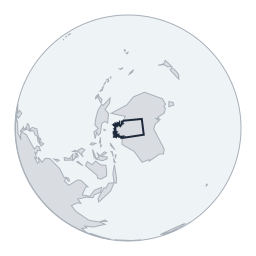 the Earth from above Northern Territory, rotated 263°
{"feature_id": "AUS-2650", "entity_name": "Northern Territory", "entity_type": "Territory", "adm_level": 1, "iso_a3": "AUS", "parent_name": "Australia", "parent_adm1": "", "projection": "orthographic", "projection_center": [133.869, -18.484], "detail": "medium", "context": "on_globe", "style": "outline", "palette": "slate", "viewbox_px": 256, "rotation_deg": 263, "n_neighbors": 0, "source": "natural_earth", "source_scale": "10m", "svg_char_len": 6831}
<svg xmlns="http://www.w3.org/2000/svg" viewBox="0 0 256 256"><g transform="rotate(263 128 128)"><circle cx="128" cy="128" r="113" fill="#eef3f6" stroke="#a8b0b8"/><path d="M206.0,133.8L206.0,134.7L205.8,134.7L206.0,133.8ZM185.6,31.2L185.4,31.1L185.6,31.2ZM228.4,82.1L227.5,79.7L228.6,81.5L228.4,82.1ZM226.5,78.0L226.9,78.9L226.5,78.1L226.5,78.0ZM225.9,77.3L226.4,77.8L226.0,77.5L225.9,77.3ZM225.3,76.7L225.6,77.0L225.3,76.7ZM224.0,75.1L223.6,74.6L223.8,74.6L224.0,75.1ZM125.8,15.4L126.3,15.4L126.8,15.4L135.7,15.6L144.5,16.6L153.2,18.2L161.8,20.5L161.3,20.4L165.3,21.7L162.2,21.0L161.6,21.2L156.0,20.0L156.0,20.6L157.5,21.1L158.7,22.5L155.6,24.3L151.2,20.5L154.4,19.0L152.5,19.2L150.9,18.6L148.9,18.4L147.7,18.8L148.9,19.2L136.4,18.2L129.4,20.2L134.9,20.6L137.0,21.9L133.9,26.2L118.4,32.4L121.1,35.5L120.3,37.5L116.1,38.4L117.0,35.5L113.9,34.3L115.1,32.7L108.6,33.8L110.0,31.6L104.2,33.9L104.9,35.7L110.2,35.3L104.5,38.5L108.1,42.2L107.1,46.7L95.9,55.3L86.9,58.4L86.0,60.1L83.2,58.5L78.3,62.2L82.5,71.6L82.0,74.6L74.5,81.1L74.6,78.8L67.1,74.4L64.8,81.9L70.4,87.2L72.3,94.6L67.6,92.8L65.8,86.5L63.1,84.7L64.5,78.2L63.6,69.5L58.9,72.1L59.9,68.5L57.9,62.4L51.5,66.1L40.9,78.3L38.3,88.2L35.2,93.6L33.9,81.6L36.0,73.1L33.9,75.0L34.0,69.8L29.4,74.1L30.2,72.3L29.0,74.4L29.1,74.2L33.1,67.4L37.6,60.9L42.5,54.7L47.8,48.9L53.6,43.4L59.7,38.4L66.2,33.9L72.9,29.7L79.9,26.1L87.2,23.0L94.7,20.4L102.3,18.3L110.1,16.8L117.9,15.8L125.8,15.4ZM26.3,79.6L26.8,78.6L29.5,73.6L27.9,76.8L27.8,78.4L22.5,89.6L19.6,97.5L22.5,88.4L26.3,79.6ZM17.7,104.9L18.7,101.3L18.2,103.9L15.9,117.7L15.4,127.4L16.0,116.1L17.7,104.9ZM17.4,149.3L17.5,150.0L20.0,159.9L21.4,164.3L17.4,149.3ZM26.0,175.9L26.3,176.4L26.5,176.8L26.0,175.9ZM60.6,198.2L62.8,199.2L62.0,199.9L60.6,198.2ZM20.0,152.1L26.0,171.2L25.9,173.0L23.6,168.5L19.8,157.5L19.2,152.6L18.3,147.0L20.0,152.1ZM99.4,111.7L102.9,112.2L102.8,112.8L99.4,111.7ZM95.8,109.9L99.7,110.0L95.2,111.1L95.8,109.9ZM101.2,110.1L105.1,109.1L106.8,108.3L106.5,109.4L101.2,110.1ZM93.3,110.0L79.8,110.5L74.6,109.6L75.7,107.6L84.1,107.4L93.3,110.0ZM75.3,107.5L67.6,103.1L58.1,90.0L61.5,89.6L71.6,96.9L71.0,98.5L75.6,102.1L75.3,107.5ZM94.5,96.7L93.8,101.5L86.2,101.4L82.9,100.8L80.5,94.8L81.8,91.7L84.6,91.6L95.8,81.2L99.6,83.5L96.0,87.8L99.1,91.8L94.5,96.7ZM38.5,89.0L39.5,94.2L37.9,95.8L38.5,89.0ZM100.9,74.4L96.0,78.6L100.6,73.0L100.9,74.4ZM103.9,69.3L104.0,71.4L102.3,69.4L103.9,69.3ZM85.4,62.8L82.5,63.5L82.7,62.1L86.5,60.5L85.4,62.8ZM106.2,50.8L105.2,54.5L104.3,55.8L103.4,53.5L106.2,50.8ZM180.6,176.8L182.4,178.9L179.3,182.1L174.9,184.8L170.2,184.4L180.6,176.8ZM145.2,176.3L144.1,171.1L149.2,171.8L147.9,175.9L145.2,176.3ZM183.8,174.8L186.5,171.4L186.6,165.6L187.4,171.3L190.6,173.2L183.6,179.0L183.8,174.8ZM123.7,153.4L102.8,161.3L97.9,160.1L98.4,156.2L92.5,145.0L94.1,145.2L92.2,137.9L104.1,131.2L112.5,120.0L119.9,121.2L125.1,113.6L133.0,115.0L131.1,121.2L139.9,126.7L144.6,113.1L151.1,129.7L158.2,137.1L161.5,148.7L152.8,165.7L146.9,168.2L145.2,166.0L142.9,167.5L138.5,165.9L135.0,158.9L132.7,160.6L134.5,156.1L131.4,159.8L128.7,155.5L123.7,153.4ZM181.1,135.7L182.6,136.7L185.2,140.6L182.9,139.2L181.1,135.7ZM202.4,135.3L203.3,137.2L201.7,136.7L202.4,135.3ZM205.8,134.7L203.9,134.3L206.0,133.8L205.8,134.7ZM187.6,128.6L188.4,129.9L187.8,130.0L187.6,128.6ZM186.9,128.0L187.7,126.7L187.7,128.3L186.9,128.0ZM179.7,117.0L180.4,116.5L180.8,117.2L179.7,117.0ZM108.0,112.4L112.6,108.7L115.3,108.5L108.0,112.4ZM178.4,115.0L176.3,114.2L176.4,113.4L178.4,115.0ZM178.4,113.1L178.1,111.9L179.5,115.0L178.4,113.1ZM174.3,109.4L176.9,112.1L174.0,109.5L174.3,109.4ZM172.8,109.2L171.0,107.9L171.1,107.5L172.8,109.2ZM153.4,106.0L160.0,114.0L154.9,112.7L149.1,107.4L144.9,110.5L135.3,108.4L137.3,106.3L135.9,102.6L126.3,100.0L124.3,97.6L127.7,96.4L121.4,94.1L128.2,93.7L131.1,98.6L135.0,95.5L142.0,97.4L148.9,100.2L154.7,104.8L153.4,106.0ZM128.5,103.9L129.7,104.1L128.7,105.4L128.5,103.9ZM167.6,104.3L170.2,107.3L169.9,107.8L168.6,107.1L167.6,104.3ZM156.0,104.3L162.1,101.8L163.6,102.3L159.6,105.7L156.0,104.3ZM160.5,99.0L163.4,100.2L165.1,102.8L164.5,103.2L160.5,99.0ZM114.5,98.4L114.3,99.7L112.6,98.6L114.5,98.4ZM116.8,97.8L122.1,99.6L116.3,98.9L116.8,97.8ZM101.3,92.9L102.8,95.8L107.4,94.0L103.9,96.7L107.2,101.7L106.1,103.6L102.9,98.1L101.9,103.7L99.9,103.6L98.7,98.8L100.7,93.1L102.7,90.8L111.1,90.1L101.3,92.9ZM116.7,94.2L115.3,90.6L116.4,88.5L117.8,90.3L116.7,94.2ZM111.5,82.5L108.1,78.6L104.9,80.0L111.7,75.1L113.7,79.5L111.5,82.5ZM109.0,74.3L105.9,75.5L109.2,72.7L109.0,74.3ZM105.2,74.3L105.1,71.8L107.4,72.2L105.2,74.3ZM110.5,74.5L111.5,70.3L112.4,72.8L110.5,74.5ZM104.7,66.5L109.3,70.5L103.0,68.7L103.7,61.1L106.5,61.0L104.7,66.5ZM126.6,40.2L126.5,38.6L129.3,38.5L128.5,39.6L126.6,40.2ZM138.2,37.5L130.0,38.0L123.3,38.8L124.9,39.7L122.6,42.4L120.7,39.6L126.0,37.0L130.9,36.9L132.5,34.9L136.6,34.0L137.0,31.5L139.0,30.8L140.2,33.1L138.2,37.5ZM136.9,30.5L139.1,27.0L144.0,28.3L144.6,29.3L141.5,30.3L139.2,29.6L136.9,30.5ZM141.1,26.6L138.8,25.9L137.2,21.2L138.0,20.6L141.8,24.4L139.9,24.0L139.4,25.1L141.1,26.6Z" fill="#d9dde1" stroke="#a8b0b8" stroke-width="1"/><path d="M118.8,121.0L119.2,121.7L119.2,120.9L120.1,121.6L120.0,120.9L120.6,120.9L120.0,120.8L119.9,120.5L120.1,120.5L120.2,120.3L119.4,119.9L120.1,119.3L120.4,118.2L121.2,118.0L120.8,117.2L121.6,116.5L121.9,116.7L121.7,116.1L122.3,116.6L122.2,116.1L123.1,115.4L123.3,115.9L124.9,115.6L125.2,116.0L125.3,115.6L125.9,115.5L125.7,114.6L125.4,114.3L124.6,114.4L123.9,114.0L124.4,113.6L124.7,114.1L124.7,113.6L125.7,114.3L126.2,114.0L127.4,115.0L128.1,114.7L128.0,115.0L128.5,115.0L128.6,115.4L129.7,115.2L130.6,115.9L131.9,114.8L131.6,115.9L132.2,115.4L132.1,116.2L132.6,116.2L132.8,115.8L132.4,115.6L133.2,115.1L133.4,115.8L134.0,116.0L133.3,116.9L133.0,116.8L133.3,117.3L133.0,117.2L133.0,117.7L132.7,117.9L132.7,117.4L131.9,117.8L131.9,118.7L132.2,118.6L131.9,119.6L130.8,120.6L133.4,123.0L133.9,122.9L135.8,124.3L135.3,142.8L119.4,142.8L118.8,121.0ZM123.5,114.2L122.4,115.2L121.5,114.7L121.3,113.8L121.9,114.2L122.8,113.9L122.9,114.1L123.0,113.7L123.5,114.2ZM133.4,119.5L133.8,119.8L132.7,119.7L132.8,118.9L133.4,118.5L133.5,118.9L133.8,118.8L133.4,119.5ZM121.4,114.8L121.8,115.0L120.6,114.9L121.2,114.0L121.4,114.8ZM125.6,114.0L125.3,113.4L125.5,113.3L125.6,114.0ZM134.1,122.5L133.8,122.6L133.9,122.4L134.1,122.5ZM133.6,113.5L133.5,113.8L133.1,114.2L133.6,113.5ZM132.4,118.6L132.5,118.9L132.3,118.9L132.4,118.6ZM132.4,114.7L133.0,114.3L132.8,114.5L132.4,114.7ZM133.0,122.2L133.1,122.4L133.0,122.2ZM125.5,114.6L125.4,114.6L125.5,114.6ZM132.3,115.3L132.6,115.4L132.3,115.4L132.3,115.3ZM133.2,122.6L133.4,122.6L133.2,122.6ZM133.4,122.5L133.6,122.5L133.4,122.7L133.4,122.5ZM132.3,118.4L132.3,118.0L132.5,118.2L132.3,118.4ZM119.7,120.9L119.9,121.0L119.7,120.9ZM127.0,114.5L127.3,114.5L127.0,114.6L127.0,114.5Z" fill="none" stroke="#1e293b" stroke-width="2"/></g></svg>